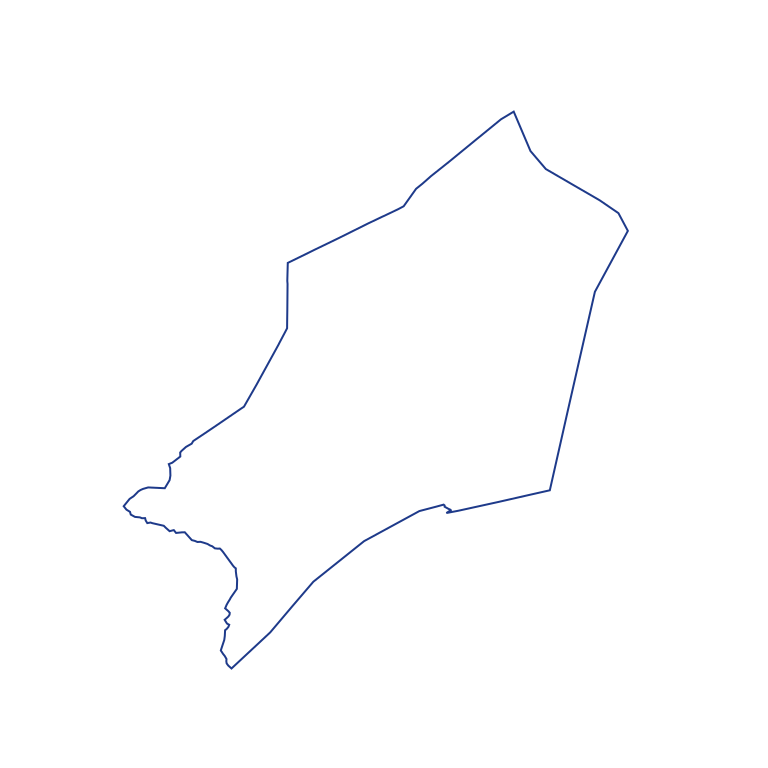 Villa de Tamazulápam del Progreso, Oaxaca, Mexico (Equal Earth projection), rotated 242°
{"feature_id": "50627088B71478824298486", "entity_name": "Villa de Tamazulápam del Progreso", "entity_type": "district", "adm_level": 2, "iso_a3": "MEX", "parent_name": "Mexico", "parent_adm1": "Oaxaca", "projection": "equal_earth", "projection_center": [-97.589, 17.695], "detail": "fine", "context": "isolated", "style": "outline", "palette": "blue", "viewbox_px": 768, "rotation_deg": 242, "n_neighbors": 0, "source": "geoboundaries", "source_scale": "gbopen_adm2", "svg_char_len": 1962}
<svg xmlns="http://www.w3.org/2000/svg" viewBox="0 0 768 768"><g transform="rotate(242 384 384)"><path d="M204.4,115.8L204.6,116.5L218.1,166.9L230.8,198.7L242.6,228.8L254.6,292.7L255.2,355.6L251.1,372.9L249.5,380.0L248.3,380.5L247.2,379.9L243.5,382.3L241.7,383.7L241.2,383.7L240.8,378.5L237.2,390.1L226.1,429.8L217.5,461.5L212.3,480.5L252.7,515.3L272.8,532.6L325.0,577.7L366.4,613.5L404.7,671.2L424.8,671.2L444.9,660.7L470.3,644.9L497.8,627.8L520.9,622.7L563.6,626.4L562.8,611.6L556.2,578.3L549.6,545.3L545.5,523.2L542.8,511.9L541.3,504.0L531.7,484.8L531.7,482.9L531.7,482.6L531.7,478.8L532.4,462.6L532.5,461.5L533.2,445.7L534.1,412.2L535.1,386.2L535.3,379.1L536.1,355.9L520.4,347.0L517.6,345.8L494.6,333.3L485.5,328.3L478.7,324.6L476.7,321.7L468.9,310.2L468.5,309.7L448.4,279.0L443.4,271.4L429.7,249.7L429.3,245.5L425.6,212.2L423.2,188.8L421.8,186.5L421.6,186.2L421.5,182.5L421.4,179.6L420.0,173.9L419.2,171.9L415.6,170.1L413.9,160.1L414.3,156.4L410.1,155.7L403.4,152.4L399.8,149.6L398.2,147.0L394.9,141.5L403.4,127.2L404.5,122.0L404.7,119.3L404.5,116.6L403.8,114.5L402.5,110.3L402.0,105.5L398.3,96.8L394.0,97.6L390.4,99.7L387.6,99.1L383.6,101.7L380.8,105.9L379.2,107.2L377.7,110.1L375.4,109.5L372.3,109.7L371.3,112.8L369.9,114.1L362.2,123.0L359.6,123.8L354.7,125.6L353.7,129.8L350.1,130.5L347.9,135.9L346.6,138.5L336.4,141.0L334.3,143.3L332.1,145.1L330.8,147.9L328.5,150.3L325.6,153.1L323.1,154.6L321.3,156.2L318.3,157.5L316.6,160.0L315.8,161.8L313.8,162.5L311.4,163.0L294.4,165.4L292.3,165.9L290.8,166.6L288.1,165.2L283.4,163.4L280.4,162.6L272.2,157.9L270.8,155.2L268.8,151.3L267.3,148.4L266.2,146.8L264.6,144.0L263.0,141.5L260.5,138.4L256.5,139.9L254.4,140.4L252.8,139.3L251.8,137.5L251.2,135.2L250.6,132.6L246.2,132.9L244.1,134.3L242.6,132.6L241.6,130.2L241.2,128.1L236.2,125.1L233.0,122.8L226.8,116.3L225.3,114.8L221.2,115.2L218.6,115.7L215.1,115.8L213.2,114.6L211.2,113.9L208.5,114.3L204.4,115.8Z" fill="none" stroke="#1e3a8a" stroke-width="2"/></g></svg>